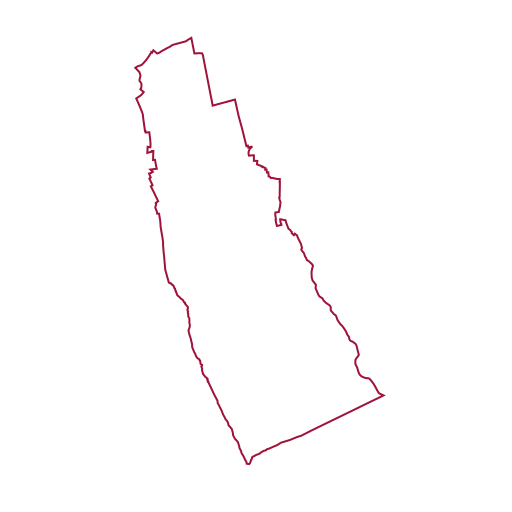 Santimbru, Harghita, Romania, rotated 278°
{"feature_id": "2599482B67016259276706", "entity_name": "Santimbru", "entity_type": "district", "adm_level": 2, "iso_a3": "ROU", "parent_name": "Romania", "parent_adm1": "Harghita", "projection": "orthographic", "projection_center": [25.81, 46.263], "detail": "fine", "context": "isolated", "style": "outline", "palette": "rose", "viewbox_px": 512, "rotation_deg": 278, "n_neighbors": 0, "source": "geoboundaries", "source_scale": "gbopen_adm2", "svg_char_len": 6060}
<svg xmlns="http://www.w3.org/2000/svg" viewBox="0 0 512 512"><g transform="rotate(278 256 256)"><path d="M135.7,401.7L137.2,396.9L138.8,395.5L142.9,392.5L145.8,390.2L148.8,387.2L150.1,385.6L150.5,384.8L150.5,383.7L150.4,381.5L151.0,378.6L151.6,377.1L152.7,375.5L153.9,374.5L155.2,373.7L159.4,371.8L161.9,370.1L163.3,369.3L164.0,369.2L165.3,369.2L166.4,368.9L167.0,369.0L167.8,369.2L169.3,370.0L170.4,370.7L172.4,371.6L176.4,369.9L180.1,368.5L181.9,367.6L182.8,366.9L183.6,365.4L184.7,363.4L185.0,361.9L185.2,361.3L185.8,360.7L186.5,360.1L187.2,359.8L188.1,359.6L188.8,359.3L189.5,358.7L190.7,357.5L191.2,357.0L192.0,356.8L194.7,354.9L196.8,353.0L198.6,351.3L199.3,350.4L200.0,349.3L201.1,348.2L202.7,346.7L204.2,345.5L207.7,343.7L208.4,343.0L209.4,341.1L210.4,340.0L211.8,338.4L212.6,337.6L213.0,337.4L215.1,337.3L216.1,336.9L216.9,336.3L217.8,335.0L219.1,332.2L221.2,329.2L223.3,327.7L224.5,325.2L224.7,324.5L226.4,323.1L228.4,321.9L232.5,319.4L235.7,319.4L237.4,317.8L239.5,315.5L242.1,314.3L244.9,313.7L248.1,313.2L251.5,313.4L254.3,313.8L255.7,312.6L258.3,308.9L259.0,307.0L260.0,306.4L260.9,306.0L262.4,304.6L265.1,303.3L266.2,302.4L267.1,301.2L268.8,299.9L270.5,300.5L272.0,299.7L273.9,299.0L275.9,297.7L277.1,296.8L280.4,294.6L282.1,293.8L282.7,292.6L283.3,291.7L283.5,291.3L281.9,290.6L282.8,289.3L283.5,288.2L283.9,288.1L284.8,288.1L285.8,286.8L286.7,286.0L287.5,284.4L292.7,281.5L293.0,281.3L293.9,281.0L295.6,280.2L295.5,279.7L295.5,279.1L295.6,278.1L295.8,274.9L295.3,274.9L293.0,275.5L292.0,276.0L291.3,276.6L290.8,276.7L290.2,276.8L289.3,274.2L288.7,272.5L291.6,271.3L294.2,270.4L294.3,270.6L295.1,270.6L298.0,269.8L298.9,269.5L299.6,269.3L300.5,269.2L301.3,269.3L301.8,269.2L302.8,272.5L303.6,272.5L305.1,272.6L306.2,272.7L309.1,272.9L310.3,272.8L312.7,272.8L315.2,271.5L316.3,271.2L317.1,270.8L317.6,271.2L332.5,269.4L332.6,269.0L333.8,269.1L335.5,268.9L335.2,265.9L335.5,262.9L335.6,261.4L335.3,260.0L335.8,259.2L336.2,259.0L336.5,258.5L336.6,257.4L340.6,256.6L340.2,255.2L343.1,254.4L342.8,253.1L344.5,253.0L345.1,250.5L344.9,250.4L345.2,249.5L345.6,249.7L346.9,244.2L350.3,244.1L350.3,243.4L349.9,240.7L355.4,239.9L355.4,239.5L354.8,236.6L354.4,235.1L356.4,234.3L358.5,234.2L361.0,234.8L363.1,236.4L363.8,237.2L363.4,235.7L362.9,234.3L362.3,233.3L364.2,232.5L363.5,231.2L380.2,224.5L392.2,219.3L408.0,213.4L398.9,192.2L411.6,187.8L447.6,175.4L449.2,174.4L448.9,171.3L448.0,166.8L463.0,161.6L460.7,158.6L458.9,156.8L453.6,144.4L452.8,143.2L452.3,142.8L451.4,141.8L449.6,139.2L448.1,137.2L446.6,135.2L446.2,134.6L444.5,132.7L443.4,131.3L442.8,129.9L445.4,125.7L442.9,124.8L443.3,124.0L443.2,124.0L439.5,122.4L435.4,120.3L433.9,119.4L431.2,117.6L429.5,116.3L429.1,115.8L428.6,114.9L428.0,113.7L427.8,113.3L427.7,113.0L427.6,112.7L425.6,110.3L421.8,115.0L418.7,116.5L414.0,116.1L413.2,116.3L411.5,118.0L410.5,118.6L409.5,118.8L406.5,119.0L405.0,118.3L402.7,122.0L401.2,121.1L399.7,120.1L398.8,119.3L397.0,117.3L395.3,115.5L389.9,118.9L383.6,122.6L380.9,124.0L379.5,124.5L379.0,124.5L364.2,128.7L364.3,129.2L362.9,129.6L363.7,133.1L357.1,134.9L352.2,136.0L351.9,136.0L349.3,136.3L348.9,136.2L348.9,135.8L349.1,133.5L343.0,134.0L344.6,137.9L345.4,138.1L345.7,139.7L336.7,140.7L337.2,142.6L331.4,144.5L328.6,145.6L326.9,139.4L325.0,142.1L323.6,140.5L322.8,138.6L319.1,140.8L317.9,139.6L311.7,143.7L310.3,142.2L305.6,145.5L296.6,151.5L294.9,149.6L294.5,149.3L293.5,150.0L293.2,150.0L290.9,149.5L290.2,149.5L289.5,149.7L288.0,150.6L286.7,151.3L286.3,151.6L286.0,151.8L284.2,152.2L284.4,154.1L277.3,156.3L271.2,157.6L261.5,160.7L257.1,162.0L253.7,162.5L246.0,164.2L243.1,165.0L229.9,168.0L222.3,171.3L217.5,173.4L217.4,174.3L217.2,175.2L216.9,175.3L217.0,175.7L216.6,176.2L216.5,176.4L215.9,176.8L215.7,177.1L215.7,177.4L215.5,177.7L215.5,177.8L215.3,177.9L215.1,178.2L214.9,178.4L214.6,178.8L214.0,179.0L213.6,179.3L213.1,179.4L212.4,180.4L211.3,180.7L210.0,181.3L209.9,181.7L208.9,181.9L208.3,182.6L207.8,182.7L206.9,183.0L205.8,184.0L205.5,184.7L204.5,186.2L203.6,187.2L203.0,188.1L202.4,189.5L201.0,190.7L200.4,190.9L200.1,191.5L199.9,192.2L199.1,192.5L198.9,192.4L198.4,193.0L197.5,193.8L196.4,195.3L195.8,195.6L195.2,195.8L194.4,195.9L194.0,195.6L193.8,195.6L193.1,195.6L192.6,195.7L192.2,195.9L192.0,196.2L191.5,196.5L191.3,196.5L190.5,196.4L190.2,196.4L189.6,196.6L189.2,197.0L187.1,197.2L186.8,197.3L185.0,198.6L184.7,198.7L182.5,199.1L181.4,199.1L179.7,199.6L179.3,199.8L178.5,200.1L177.6,200.2L177.2,200.2L175.8,200.1L174.9,199.9L173.5,199.6L172.6,199.6L171.5,200.0L170.9,200.1L164.2,203.3L163.5,203.5L162.7,203.7L161.7,204.2L160.5,204.6L160.1,204.9L159.6,205.0L158.0,205.3L157.5,205.3L156.8,205.6L156.1,205.9L153.8,207.3L152.6,207.9L152.1,208.3L151.0,209.2L150.3,209.6L149.3,210.1L147.9,211.0L147.4,211.5L147.2,211.8L146.6,212.4L146.4,212.7L146.1,213.7L146.0,213.8L145.9,214.0L145.7,214.2L145.6,214.4L144.8,214.7L144.8,214.9L144.6,215.1L144.5,215.3L144.2,215.4L141.4,216.1L141.1,216.7L140.9,217.3L140.6,217.8L140.3,217.9L139.9,217.8L139.5,217.6L139.1,217.3L138.3,217.6L137.1,218.3L135.7,218.5L135.1,218.6L134.5,218.7L133.9,219.2L133.5,219.4L132.2,219.7L130.8,221.1L130.6,221.3L130.6,221.2L129.8,222.0L129.1,222.8L128.7,223.8L128.2,224.4L128.0,224.8L127.8,225.0L127.4,225.3L127.1,225.3L126.9,224.9L125.4,226.0L125.2,225.6L124.7,225.7L124.5,226.4L124.1,226.6L112.8,234.0L107.3,238.0L105.0,238.5L103.8,239.5L102.5,240.5L101.7,240.9L97.9,243.6L94.9,245.2L92.5,246.9L92.0,247.4L89.9,248.7L88.7,250.3L87.9,250.9L86.5,251.7L84.6,252.3L83.4,253.8L81.3,256.1L76.9,258.0L75.8,258.0L72.9,259.9L71.6,261.1L71.1,261.9L69.6,263.5L69.0,264.1L64.4,266.2L63.8,266.2L61.0,268.2L60.4,268.6L59.5,268.8L58.0,269.7L57.6,270.2L55.7,271.7L53.9,272.9L53.1,273.2L51.2,274.8L50.4,275.3L49.0,275.7L49.0,276.5L49.0,278.2L49.7,278.7L50.7,279.1L52.0,279.3L53.2,279.4L53.7,279.8L54.8,280.1L56.2,280.2L57.0,280.9L57.5,282.1L58.7,283.3L60.9,287.3L62.0,288.0L62.8,289.1L64.0,290.5L65.1,293.0L66.1,293.6L67.0,295.6L72.2,304.0L73.0,304.8L74.6,306.7L78.7,315.5L80.8,319.0L82.7,322.3L84.1,325.5L90.5,334.6L135.7,401.7Z" fill="none" stroke="#9f1239" stroke-width="2"/></g></svg>